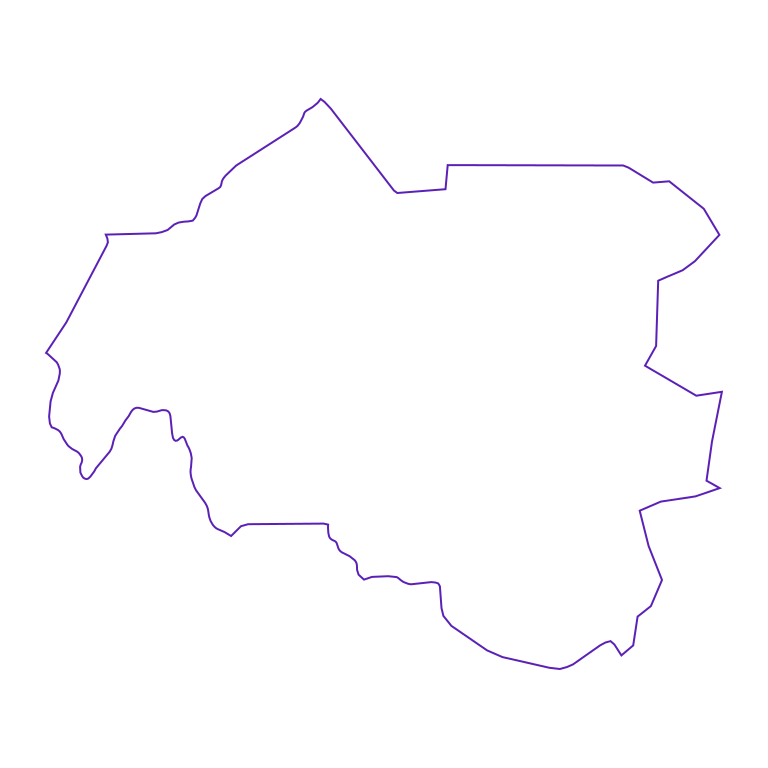 an SVG outline of Louga
{"feature_id": "SEN-766", "entity_name": "Louga", "entity_type": "Region", "adm_level": 1, "iso_a3": "SEN", "parent_name": "Senegal", "parent_adm1": "", "projection": "natural_earth1", "projection_center": [-15.989, 15.391], "detail": "fine", "context": "isolated", "style": "outline", "palette": "violet", "viewbox_px": 768, "rotation_deg": 0, "n_neighbors": 0, "source": "natural_earth", "source_scale": "10m", "svg_char_len": 2828}
<svg xmlns="http://www.w3.org/2000/svg" viewBox="0 0 768 768"><path d="M46.1,352.9L66.3,322.4L106.5,245.9L107.9,242.3L107.4,238.6L105.8,234.6L106.2,234.6L155.9,233.3L161.8,232.1L167.6,230.0L174.2,224.5L178.5,222.6L183.8,221.7L188.5,221.4L192.8,220.6L195.2,217.7L196.5,215.3L200.3,203.3L202.3,199.0L205.4,196.1L218.7,188.2L220.3,186.9L221.1,185.1L221.9,181.4L222.6,179.7L223.5,178.2L225.6,175.6L236.2,165.5L237.8,164.5L237.9,164.4L295.8,127.3L297.7,125.7L299.9,122.8L303.1,116.6L304.3,113.0L305.2,111.7L306.6,110.6L312.4,107.2L317.5,103.0L318.6,101.7L320.6,99.0L324.4,101.8L330.8,108.6L393.9,190.5L397.3,193.0L445.5,189.2L447.7,165.1L623.2,165.5L628.5,167.6L653.1,182.6L669.2,181.3L703.8,208.8L719.4,234.9L695.0,261.1L682.7,270.2L667.1,276.8L658.2,280.7L656.1,346.0L645.0,365.7L696.3,395.7L721.9,391.8L712.0,441.5L706.5,480.7L719.7,488.1L695.4,496.4L660.8,501.6L639.7,510.7L648.6,546.0L662.0,580.0L650.9,606.1L637.6,616.6L633.2,645.4L621.4,655.4L614.4,644.5L610.5,641.1L605.5,642.5L600.2,645.3L573.0,664.4L567.1,667.0L559.9,669.0L549.5,667.8L502.5,657.1L487.1,650.4L462.5,633.5L451.4,625.9L443.4,615.9L441.5,608.1L439.9,586.4L439.0,584.6L438.0,583.3L435.3,582.5L431.3,582.1L411.0,584.3L408.1,583.8L403.5,582.0L401.1,580.4L398.1,577.9L396.7,577.1L388.2,576.2L372.0,576.9L364.0,579.6L358.6,574.7L357.1,570.0L356.9,565.2L356.5,563.2L355.7,561.6L354.8,560.3L349.6,556.2L341.8,552.3L340.5,551.3L339.4,550.1L338.5,548.6L336.7,543.2L335.9,541.9L334.7,541.0L332.6,540.1L331.3,539.3L330.1,538.2L329.2,536.7L328.7,534.7L328.3,532.5L328.0,527.9L328.1,524.6L323.5,523.6L248.1,524.2L241.0,526.2L231.1,536.0L224.4,532.0L217.5,529.0L216.0,528.1L214.4,526.7L212.8,524.8L210.7,521.2L209.7,518.5L209.0,516.0L208.0,509.5L207.4,507.5L206.7,505.7L205.1,502.8L196.1,490.4L194.5,487.3L191.5,478.5L190.8,474.9L190.5,471.9L190.7,468.8L191.0,467.3L191.7,458.1L190.8,453.2L189.5,449.5L188.4,447.1L187.5,445.7L184.8,438.8L183.9,437.5L182.7,436.8L180.9,437.5L178.3,439.8L177.0,440.6L175.5,440.8L174.2,440.0L173.0,437.9L172.1,433.3L170.4,416.1L169.9,414.2L169.3,412.7L168.0,411.3L166.3,410.4L163.3,410.1L161.6,410.2L156.9,411.6L153.3,411.9L138.8,407.8L136.5,407.8L134.6,408.4L133.2,409.4L132.1,410.5L131.1,411.9L128.5,416.4L125.5,420.3L122.0,426.1L119.9,428.7L115.2,435.8L113.4,441.2L112.5,445.2L111.4,448.7L109.7,451.7L95.9,468.3L94.3,471.3L90.3,476.7L89.1,477.8L87.8,478.8L86.3,479.0L84.7,478.6L83.2,477.6L81.9,475.7L80.4,472.6L80.1,466.8L80.5,465.2L80.9,464.1L81.6,462.7L82.0,461.2L82.2,459.7L81.9,457.7L81.0,455.9L78.9,453.1L77.1,451.6L72.2,449.0L69.6,447.0L68.4,446.0L67.3,444.7L63.6,439.0L61.6,434.4L60.7,432.8L59.6,431.3L57.8,429.9L54.2,428.1L51.7,427.3L49.9,423.4L49.1,416.5L50.6,401.3L52.9,392.9L58.4,380.5L59.8,373.5L59.9,371.0L59.7,369.1L58.2,364.9L56.8,362.3L47.6,353.9L46.1,352.9L46.1,352.9Z" fill="none" stroke="#5b21b6" stroke-width="2"/></svg>